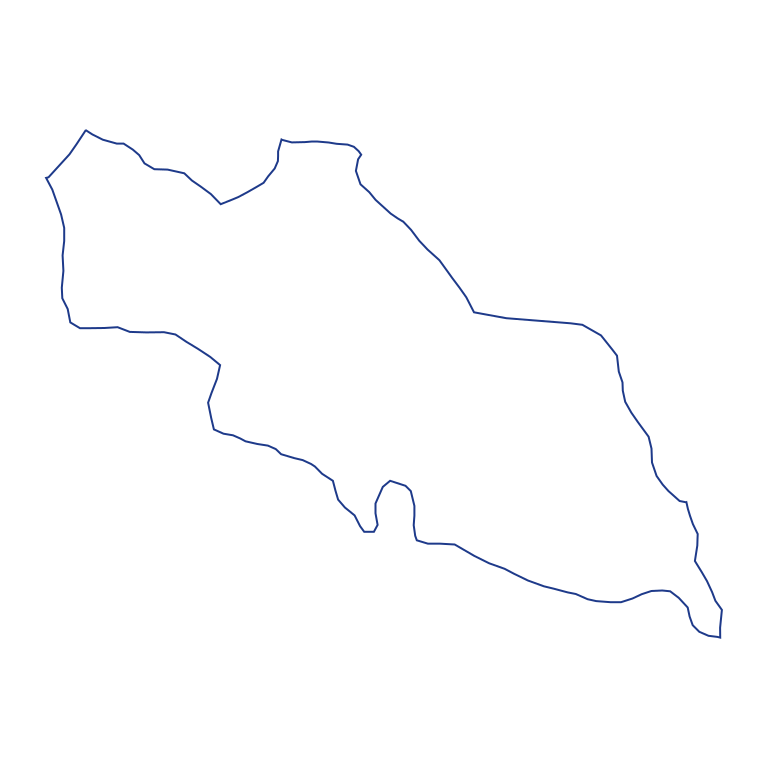 Hajigabul District, Hajigabul, Azerbaijan (Equal Earth projection)
{"feature_id": "54616110B48173541517146", "entity_name": "Hajigabul District", "entity_type": "district", "adm_level": 2, "iso_a3": "AZE", "parent_name": "Azerbaijan", "parent_adm1": "Hajigabul", "projection": "equal_earth", "projection_center": [48.908, 40.107], "detail": "fine", "context": "isolated", "style": "outline", "palette": "blue", "viewbox_px": 768, "rotation_deg": 0, "n_neighbors": 0, "source": "geoboundaries", "source_scale": "gbopen_adm2", "svg_char_len": 2386}
<svg xmlns="http://www.w3.org/2000/svg" viewBox="0 0 768 768"><path d="M361.2,154.7L358.7,151.2L353.9,146.8L347.6,144.6L336.6,143.8L328.7,142.5L316.9,141.5L312.2,141.5L304.9,142.1L291.8,142.4L282.2,139.9L281.5,139.5L278.1,151.4L278.1,156.0L277.9,161.1L274.7,168.5L268.2,176.3L263.6,182.8L257.0,186.7L247.4,192.2L238.2,197.1L232.7,199.4L220.7,204.2L210.9,194.1L200.6,186.5L191.9,180.5L184.3,173.3L167.6,169.6L154.3,169.2L144.5,163.4L139.2,155.1L132.8,149.6L123.6,143.6L116.8,143.6L102.8,139.7L92.3,134.4L86.1,130.4L85.5,130.6L76.6,144.1L69.5,154.3L48.5,177.3L46.1,177.9L52.3,189.6L61.1,214.5L64.2,227.9L64.2,241.0L62.6,255.4L63.4,270.9L61.8,287.7L62.3,298.3L67.7,309.0L70.3,322.4L74.8,325.1L80.0,328.2L87.8,328.2L88.8,328.2L104.3,328.0L117.6,327.2L129.8,331.9L146.3,332.4L164.0,332.2L175.5,334.5L186.5,341.9L197.9,348.8L210.2,356.9L220.1,365.1L217.0,378.8L211.5,393.0L208.1,402.7L211.2,418.0L213.9,429.4L223.5,433.7L233.0,435.3L240.3,438.5L245.5,441.3L257.4,444.0L267.9,445.6L275.8,449.1L281.1,454.2L294.2,458.1L302.7,460.1L311.1,464.0L314.9,466.5L322.1,473.8L332.9,480.8L335.5,490.8L338.1,499.6L344.9,507.5L354.6,515.4L360.1,526.2L364.2,531.8L373.3,531.8L373.9,531.8L377.6,524.9L375.5,513.3L375.5,503.5L382.8,486.9L390.1,480.8L405.5,485.8L410.8,491.1L414.4,505.9L414.4,515.7L413.7,525.2L414.2,528.7L415.2,535.8L416.7,540.0L416.8,540.3L428.0,543.7L440.6,543.7L454.7,544.5L463.3,549.5L474.3,555.9L489.2,563.3L504.6,568.8L514.1,573.8L527.9,580.5L543.9,586.3L553.8,588.7L567.7,592.4L575.8,594.0L587.6,599.2L596.2,601.1L610.6,602.2L621.0,602.2L632.5,598.5L641.7,594.2L651.4,591.0L662.3,590.5L670.2,591.3L678.8,597.9L687.7,607.5L689.6,616.5L692.7,625.2L699.3,631.8L708.5,635.8L717.4,636.9L720.2,637.6L720.1,627.7L721.9,609.9L715.4,600.8L712.1,592.1L707.0,581.1L701.8,572.2L694.9,561.0L697.3,545.6L697.5,539.3L697.7,534.0L692.9,524.1L690.0,515.8L687.9,508.9L686.4,502.2L686.2,502.3L679.6,501.0L668.4,491.0L662.7,484.6L656.6,476.0L652.0,462.5L651.5,448.6L648.6,436.7L637.9,422.1L631.3,412.6L625.2,401.8L622.8,390.7L622.5,382.4L618.8,371.6L617.0,355.7L612.4,349.7L601.0,335.4L582.4,324.8L570.6,323.3L506.3,318.2L484.3,314.2L474.0,312.3L466.3,297.3L459.3,287.4L452.3,278.1L445.4,268.5L439.4,260.2L427.5,249.5L419.2,240.7L411.0,229.8L403.4,221.8L397.7,218.4L390.7,213.6L375.6,199.9L369.3,192.2L360.5,184.3L355.9,170.9L358.1,159.3L361.2,154.7Z" fill="none" stroke="#1e3a8a" stroke-width="2"/></svg>